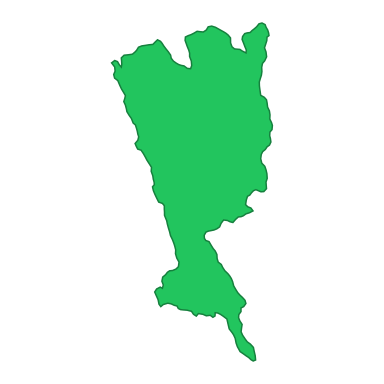 Congonhas do Norte, Minas Gerais, Brazil
{"feature_id": "56859067B59988172077466", "entity_name": "Congonhas do Norte", "entity_type": "district", "adm_level": 2, "iso_a3": "BRA", "parent_name": "Brazil", "parent_adm1": "Minas Gerais", "projection": "robinson", "projection_center": [-43.683, -18.902], "detail": "fine", "context": "isolated", "style": "filled", "palette": "green", "viewbox_px": 384, "rotation_deg": 0, "n_neighbors": 0, "source": "geoboundaries", "source_scale": "gbopen_adm2", "svg_char_len": 3798}
<svg xmlns="http://www.w3.org/2000/svg" viewBox="0 0 384 384"><path d="M111.6,62.9L114.7,67.0L115.1,71.2L113.7,74.5L114.6,78.1L117.8,80.6L119.7,85.1L121.4,88.8L123.4,92.1L125.4,95.6L124.8,98.4L123.8,101.6L125.4,105.1L126.4,108.9L126.9,111.6L129.0,115.1L131.4,118.5L133.2,123.1L135.4,124.9L136.6,128.7L137.3,131.3L137.8,134.0L138.7,136.8L137.8,140.3L135.1,143.5L136.3,146.4L137.7,149.1L141.1,150.2L143.5,153.8L145.4,157.2L146.9,160.1L149.0,163.4L151.5,167.3L151.2,171.3L152.8,175.8L153.3,179.3L154.1,182.0L154.3,184.7L152.5,186.8L153.4,190.7L154.9,194.3L156.6,197.9L158.7,202.1L162.4,203.4L164.3,205.7L164.3,209.2L164.5,212.2L164.5,215.3L165.6,218.1L166.7,220.7L167.3,223.8L168.4,227.9L169.6,231.8L170.5,235.6L172.4,239.5L173.9,243.4L174.8,246.3L175.7,249.9L175.5,253.7L176.8,258.1L179.0,262.1L178.4,266.7L175.9,269.1L172.6,270.5L169.6,270.8L167.4,272.3L165.6,274.7L162.7,277.1L161.9,281.2L163.3,285.0L162.4,288.3L160.2,287.1L156.6,289.0L154.7,292.0L156.0,295.0L158.1,299.7L159.0,304.2L160.8,306.6L163.3,304.5L167.8,303.2L171.3,303.9L174.2,305.3L177.0,306.0L178.3,308.5L180.5,309.6L183.2,309.9L187.1,310.2L191.5,311.3L193.5,314.3L196.3,316.1L198.4,313.6L202.9,314.3L206.3,315.8L210.2,315.3L212.9,317.3L215.0,316.0L215.2,312.7L217.7,313.0L220.4,314.3L223.2,316.2L226.9,319.0L228.0,323.8L229.2,328.9L232.1,332.6L233.6,334.9L235.2,338.4L236.1,343.0L237.4,346.7L238.8,349.2L240.1,351.6L243.2,353.7L246.1,355.8L248.7,357.5L251.0,359.7L253.2,361.0L255.6,360.0L255.2,355.7L254.2,351.4L253.4,347.4L250.4,344.1L247.2,341.8L245.0,338.8L242.6,335.2L241.1,331.8L241.5,328.4L242.1,324.4L239.9,321.0L238.6,317.8L238.8,314.6L241.0,311.6L241.0,308.0L243.7,306.6L245.9,303.5L245.0,300.3L242.4,297.4L240.0,295.2L237.7,292.6L235.9,289.7L233.7,285.9L232.6,281.6L231.3,278.5L229.6,275.8L227.9,273.7L224.8,270.7L222.6,267.3L221.3,264.5L218.2,262.1L217.1,258.4L216.9,254.5L215.2,251.0L213.2,248.6L211.4,245.7L209.0,241.6L205.8,240.5L204.4,238.3L204.2,235.3L206.0,232.1L208.4,231.1L211.1,230.6L214.0,230.0L216.9,228.8L219.6,226.9L221.1,223.3L223.6,220.0L227.5,220.5L230.1,221.8L232.9,222.5L235.7,219.3L238.4,216.9L241.0,216.7L243.3,215.8L245.9,213.9L249.6,212.7L253.0,210.9L250.9,208.0L247.8,206.8L245.6,204.6L246.3,200.0L247.5,196.3L249.8,195.1L251.4,192.9L253.5,190.7L255.9,189.7L258.4,190.7L260.9,191.8L263.8,191.6L266.5,188.7L266.2,184.8L266.0,182.0L267.2,178.4L266.9,173.7L266.0,169.8L264.8,166.3L261.8,163.2L260.7,158.7L261.3,154.4L262.7,151.6L265.3,149.5L267.1,146.8L269.5,145.1L270.9,142.0L270.4,138.5L269.7,135.8L269.9,132.1L272.0,129.6L272.4,125.5L271.6,122.8L269.8,119.0L270.0,114.9L269.4,110.9L267.6,107.1L267.1,103.0L266.5,99.8L264.3,97.3L260.7,95.3L260.2,91.8L259.8,89.1L259.4,85.8L259.3,82.0L260.4,78.3L261.4,75.2L261.9,71.6L261.7,67.3L262.5,63.4L264.7,60.8L266.6,56.8L266.0,51.9L264.5,47.8L265.6,44.4L266.8,40.6L267.0,37.1L269.0,35.6L268.6,32.9L267.7,30.0L266.1,27.3L265.1,24.6L262.0,23.0L259.0,23.8L256.6,26.8L254.2,28.9L252.0,30.6L250.2,32.5L247.1,32.9L244.7,33.6L242.6,36.5L242.1,39.4L243.5,42.9L245.0,46.9L246.3,50.0L246.0,52.9L242.2,51.0L239.9,49.4L237.3,49.2L234.5,48.9L232.0,46.8L230.6,43.0L230.5,37.9L228.1,35.0L226.0,33.3L223.6,31.8L221.2,30.5L218.7,29.1L215.5,27.3L211.7,26.1L208.2,26.8L206.3,30.0L203.3,32.0L200.2,31.7L197.1,31.3L193.9,33.2L190.9,34.7L188.3,35.6L185.4,37.0L185.1,40.4L186.1,43.2L187.3,46.6L188.8,50.2L189.6,53.1L189.6,56.5L191.3,61.0L191.7,65.5L190.6,68.7L187.3,68.4L184.0,65.9L181.3,65.4L178.8,64.6L176.2,63.1L173.4,61.1L171.2,58.2L170.6,55.1L168.3,51.8L165.9,48.8L163.8,46.0L162.1,43.3L160.5,41.3L157.5,39.8L154.9,42.3L152.9,44.4L148.8,44.8L145.2,45.4L141.8,45.9L138.5,47.2L136.6,50.3L134.8,52.2L132.4,54.2L128.2,54.8L124.1,55.2L121.3,57.9L121.6,61.1L121.8,64.2L121.3,67.1L119.3,64.8L117.5,61.6L114.7,60.5L111.6,62.9Z" fill="#22c55e" stroke="#15803d" stroke-width="1.5"/></svg>